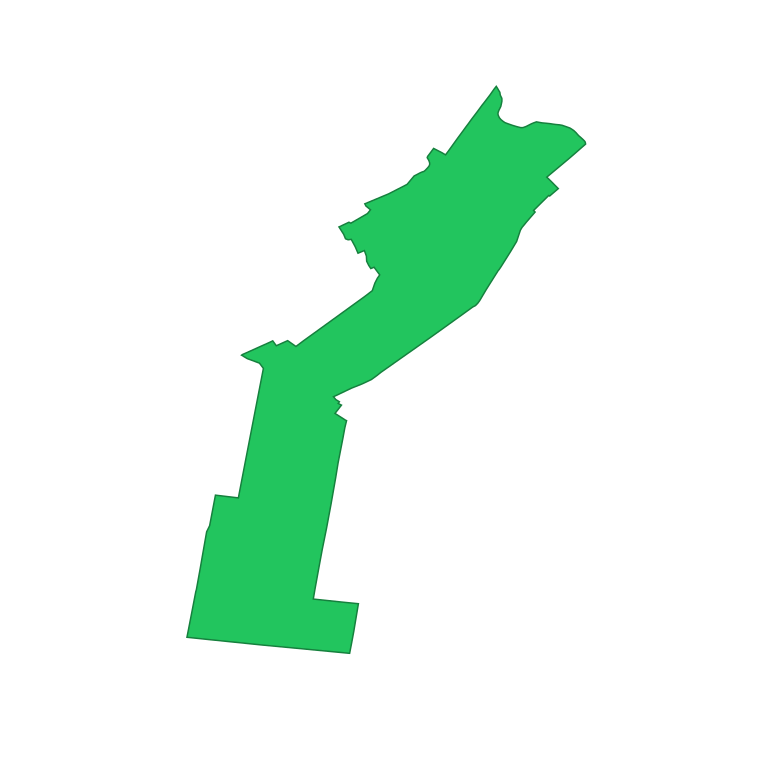 outline of Lita, Teleorman, Romania, rotated 160°
{"feature_id": "2599482B88821279710762", "entity_name": "Lita", "entity_type": "district", "adm_level": 2, "iso_a3": "ROU", "parent_name": "Romania", "parent_adm1": "Teleorman", "projection": "robinson", "projection_center": [24.816, 43.818], "detail": "fine", "context": "isolated", "style": "filled", "palette": "green", "viewbox_px": 768, "rotation_deg": 160, "n_neighbors": 0, "source": "geoboundaries", "source_scale": "gbopen_adm2", "svg_char_len": 2727}
<svg xmlns="http://www.w3.org/2000/svg" viewBox="0 0 768 768"><g transform="rotate(160 384 384)"><path d="M215.5,599.9L219.2,597.5L222.9,595.0L230.0,590.3L244.1,580.7L247.8,578.3L250.5,581.6L256.8,588.4L263.5,584.0L265.1,583.0L266.0,581.9L265.5,579.3L265.4,577.8L265.5,576.1L265.9,574.9L266.3,574.3L266.9,573.6L267.9,572.9L269.3,572.1L272.1,570.7L273.2,570.3L273.9,570.1L275.6,570.2L277.6,570.1L282.0,569.5L284.5,569.2L289.2,566.5L294.0,563.7L314.6,561.1L340.4,559.9L340.1,557.4L337.1,552.3L341.3,549.8L359.4,546.6L360.1,546.4L361.6,548.0L372.6,547.0L370.7,538.4L370.5,533.6L368.4,531.8L365.3,531.1L364.1,522.8L363.7,515.8L356.8,516.1L356.8,510.2L358.3,505.3L357.8,500.7L356.9,497.0L353.4,497.1L350.7,488.0L354.0,485.7L358.0,482.0L363.1,475.7L372.6,472.7L445.0,452.1L453.9,449.4L459.7,457.7L472.1,456.8L473.8,462.6L476.8,462.3L507.0,460.1L508.0,459.8L503.8,454.6L493.9,446.2L492.0,439.9L540.3,359.4L559.8,326.8L570.1,332.0L580.4,337.2L596.3,310.5L601.2,305.8L614.3,283.1L619.8,273.5L630.6,255.0L631.9,253.2L639.8,240.0L651.5,220.5L655.8,213.4L636.3,203.9L587.8,180.4L509.1,143.0L508.4,142.7L502.7,152.2L497.1,161.7L483.2,186.3L493.4,191.2L498.4,193.6L524.0,206.1L518.7,215.4L506.3,236.6L498.7,249.5L487.4,268.0L474.7,289.5L461.5,312.4L454.1,325.6L441.4,346.7L435.7,356.4L431.7,362.4L432.4,363.0L440.1,373.1L431.2,378.7L433.7,381.4L432.0,382.6L434.6,385.8L435.8,389.3L416.2,391.2L404.1,391.6L400.7,391.9L395.4,392.4L394.3,392.5L387.4,394.5L383.0,396.0L329.1,410.6L325.4,411.6L321.8,412.6L295.1,420.1L282.7,423.6L274.3,426.0L271.2,426.4L268.3,427.8L265.6,429.6L255.6,437.8L237.8,451.6L236.8,452.1L233.9,454.2L219.6,465.3L210.6,472.6L203.3,481.8L200.8,483.9L197.0,486.1L194.9,487.4L183.2,493.9L184.1,495.9L164.8,504.8L164.0,504.0L158.7,506.0L153.4,508.0L157.9,517.8L160.3,522.7L133.5,532.4L128.2,534.4L123.8,536.1L112.5,540.5L112.3,541.6L112.2,542.6L112.3,543.0L112.4,543.5L113.2,545.3L114.9,548.6L116.1,550.7L116.8,552.4L117.6,554.5L119.0,557.3L120.3,559.1L121.7,560.9L124.2,563.0L128.0,566.1L130.4,567.5L133.8,569.1L136.3,570.4L138.8,571.8L142.9,573.8L146.1,575.3L148.7,576.8L151.1,578.2L154.3,578.2L156.6,578.1L162.3,577.4L164.1,577.4L165.4,577.4L166.0,577.5L166.9,577.8L167.9,578.2L169.1,579.0L171.3,580.5L174.9,583.2L178.2,585.9L180.9,588.2L182.4,590.3L183.7,592.5L184.5,594.7L184.7,596.7L184.7,598.0L184.5,598.9L184.3,599.4L183.7,600.4L182.3,602.0L180.4,603.8L179.3,604.9L177.7,607.4L176.6,609.2L176.0,610.7L175.6,612.0L175.6,612.9L175.8,614.3L175.9,615.7L175.7,616.9L175.4,618.2L175.4,618.8L175.7,620.2L176.2,623.0L176.7,625.3L179.3,623.7L181.9,621.9L185.5,619.4L192.2,615.1L194.9,613.4L195.8,612.9L198.5,611.1L203.0,608.1L207.2,605.4L211.4,602.7L215.5,599.9Z" fill="#22c55e" stroke="#15803d" stroke-width="1.5"/></g></svg>